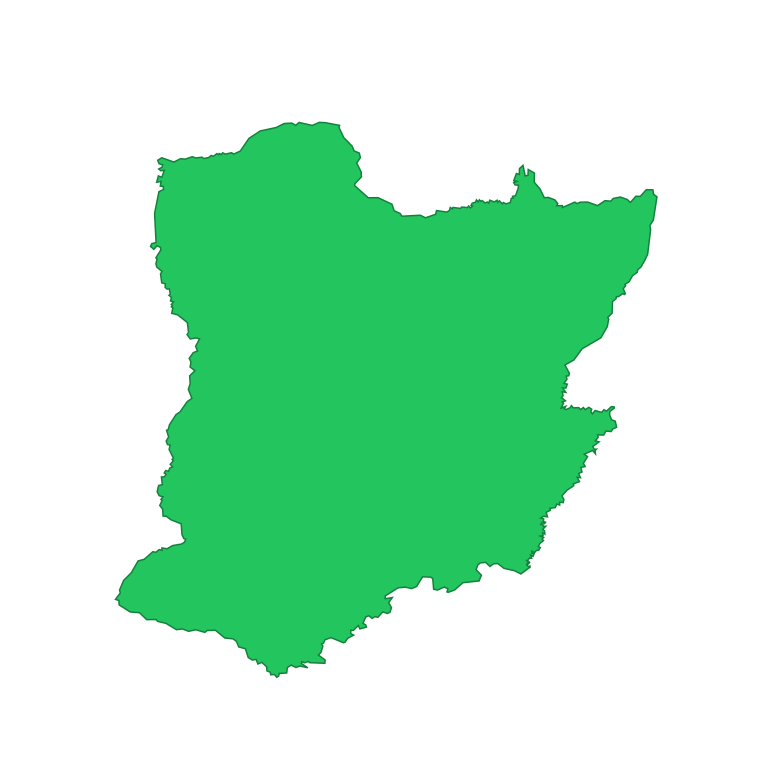 the district of Sumedang, Jawa Barat, Indonesia, rotated 81°
{"feature_id": "22746128B19624873108228", "entity_name": "Sumedang", "entity_type": "district", "adm_level": 2, "iso_a3": "IDN", "parent_name": "Indonesia", "parent_adm1": "Jawa Barat", "projection": "robinson", "projection_center": [107.99, -6.81], "detail": "fine", "context": "isolated", "style": "filled", "palette": "green", "viewbox_px": 768, "rotation_deg": 81, "n_neighbors": 0, "source": "geoboundaries", "source_scale": "gbopen_adm2", "svg_char_len": 6163}
<svg xmlns="http://www.w3.org/2000/svg" viewBox="0 0 768 768"><g transform="rotate(81 384 384)"><path d="M309.2,568.3L309.1,562.5L310.6,559.1L317.3,564.2L322.2,563.0L323.2,567.5L328.2,572.4L332.1,571.2L336.9,572.9L341.3,568.7L345.5,574.7L353.3,575.4L358.6,578.1L368.2,576.0L370.5,581.0L379.6,589.8L381.7,594.2L390.6,602.2L395.4,604.4L395.7,606.0L402.6,605.0L406.3,608.1L410.0,607.3L410.9,604.8L415.0,606.5L424.4,603.6L425.4,605.1L426.9,604.1L429.9,607.7L432.8,605.8L433.4,608.6L436.6,610.6L435.3,613.1L437.5,615.0L439.2,613.3L441.3,615.5L441.0,618.4L448.7,618.7L449.0,622.5L454.9,624.9L459.1,623.6L460.9,619.9L463.2,622.4L464.2,621.3L468.9,624.5L473.0,622.2L479.9,622.9L480.6,619.7L484.9,615.5L490.4,606.2L501.1,607.1L505.4,605.9L506.2,604.1L509.0,605.8L510.4,609.2L510.5,618.2L512.8,623.9L511.2,629.0L513.5,629.1L512.4,631.9L514.5,635.6L513.5,638.6L519.6,648.2L520.3,654.6L530.8,663.0L537.3,671.9L546.1,677.4L549.2,677.2L554.7,682.9L556.4,679.7L560.7,680.2L569.5,670.3L571.6,661.3L579.6,655.3L581.0,646.1L583.1,644.6L586.3,636.8L594.2,627.4L594.4,621.3L597.7,615.7L597.3,608.3L601.3,599.8L599.8,597.1L600.9,589.0L610.0,580.9L612.1,572.9L615.2,570.0L621.0,568.6L623.8,562.3L632.9,560.9L636.0,557.3L636.1,553.3L640.8,552.4L639.9,548.2L645.0,544.1L649.0,544.5L650.9,541.4L653.5,541.4L653.8,537.6L656.9,535.8L656.0,533.7L653.5,532.8L654.2,525.3L648.9,523.8L647.1,519.7L650.2,515.4L649.4,511.1L652.4,503.6L647.0,509.4L645.4,508.6L646.9,506.2L646.2,502.3L647.6,501.1L650.6,486.1L647.4,485.3L641.4,491.2L639.2,488.2L633.4,485.4L631.0,486.5L630.5,484.3L627.4,482.3L626.2,476.1L633.2,464.5L633.0,462.9L629.5,459.7L627.3,453.2L625.3,455.9L622.1,455.3L622.6,452.8L618.5,447.2L622.1,446.1L621.4,439.4L619.1,439.7L617.1,442.2L611.1,438.4L610.6,435.1L613.7,432.4L612.3,429.4L613.5,426.5L608.9,420.9L611.2,416.5L610.3,413.7L606.0,411.6L600.7,413.6L596.2,409.2L596.3,416.3L593.5,415.9L587.5,401.9L588.0,394.7L590.4,388.6L589.1,383.5L580.5,376.0L582.0,368.2L583.8,366.3L594.5,367.1L595.9,363.3L594.0,356.3L596.2,352.9L599.2,354.3L599.8,353.1L598.5,346.5L592.6,337.1L593.4,320.9L588.1,317.7L581.8,322.1L577.4,319.6L575.8,317.0L576.1,311.5L580.8,307.9L578.7,303.8L579.2,299.6L584.8,294.4L588.8,284.4L593.0,278.5L587.8,268.4L586.6,268.3L586.9,270.0L585.3,271.1L582.8,267.7L583.5,270.2L582.1,268.8L580.5,271.4L580.7,269.5L578.7,267.6L579.2,265.4L575.9,266.0L577.5,263.7L574.7,262.1L574.3,264.3L572.3,264.2L574.1,261.7L572.3,259.6L572.4,257.2L570.0,255.2L568.8,257.0L566.0,255.2L563.6,251.0L561.9,252.1L560.5,250.3L558.7,253.4L558.6,250.6L555.9,250.6L557.4,248.6L554.1,248.4L552.5,250.1L549.8,246.5L549.6,248.9L547.8,249.0L547.3,251.1L545.5,249.5L547.0,247.3L545.8,246.1L544.7,248.1L542.2,247.4L540.9,250.1L539.6,247.0L540.8,243.3L536.1,243.9L534.8,239.5L532.7,239.7L532.9,234.2L529.6,232.1L531.1,229.4L528.2,229.0L529.2,225.6L526.3,224.4L522.3,225.7L517.5,219.8L514.1,212.5L512.3,212.7L511.0,206.2L506.4,207.8L507.3,204.6L502.8,205.8L501.9,202.2L497.2,202.6L497.0,198.2L493.6,199.5L487.6,194.3L484.6,197.2L482.3,188.3L486.0,186.1L482.9,186.0L481.6,184.4L481.4,186.5L478.4,187.6L474.8,180.6L473.2,184.2L470.2,180.8L467.7,181.0L468.8,175.0L465.2,172.1L466.5,167.1L464.3,165.2L463.1,161.0L456.9,161.4L454.9,164.9L449.4,166.0L446.4,165.1L443.8,160.3L442.6,160.3L441.9,163.0L445.6,168.5L443.8,170.8L446.1,173.5L443.2,179.6L446.0,182.8L444.0,184.1L441.4,182.8L439.1,185.3L440.8,189.4L438.4,190.7L440.0,193.8L437.8,195.4L437.2,200.6L434.7,202.3L436.6,203.9L437.7,208.1L436.6,209.9L434.5,208.0L435.5,212.8L431.2,209.7L429.6,210.8L429.0,207.4L425.3,210.8L423.5,208.9L419.5,209.2L420.7,205.7L415.8,208.3L416.4,204.9L412.8,203.0L411.6,206.2L407.9,202.5L404.7,202.8L404.8,200.3L402.5,199.2L393.5,202.3L390.0,192.7L380.2,182.8L372.3,162.5L362.3,154.5L355.2,151.9L353.2,152.6L349.7,147.6L338.3,145.4L336.2,141.6L334.1,140.7L334.4,138.7L332.0,134.0L333.2,132.6L332.6,131.5L327.3,132.8L324.8,130.0L323.3,130.5L321.3,125.8L316.0,121.7L313.3,116.4L310.9,115.6L308.6,111.8L302.8,107.2L297.1,103.3L273.2,96.5L269.1,96.6L264.2,92.3L241.8,85.1L238.7,88.1L234.3,88.0L233.1,94.5L238.8,101.6L237.9,105.8L243.2,112.2L239.8,114.9L236.3,121.3L236.6,128.6L238.9,131.3L237.5,137.1L241.2,145.1L236.2,154.3L235.1,161.7L236.0,165.1L234.2,167.1L237.6,180.1L235.7,179.9L235.0,185.5L232.9,184.2L228.9,186.4L225.4,192.5L225.1,196.5L215.5,199.5L208.3,204.0L199.2,202.4L194.7,208.0L200.4,209.1L200.6,212.0L189.8,212.5L192.4,216.5L198.2,217.6L196.8,220.3L203.4,224.0L204.7,221.0L205.3,224.4L207.9,223.4L208.7,220.0L211.8,220.9L218.6,224.6L218.7,227.6L220.5,227.1L220.5,229.2L224.6,230.9L225.1,235.4L223.5,237.7L224.5,239.0L221.1,241.4L222.2,243.3L220.2,243.6L221.4,246.6L219.0,250.8L221.8,252.2L220.4,253.4L221.0,255.9L218.2,258.4L218.8,259.6L217.0,261.0L218.9,262.5L216.6,263.9L218.8,265.2L219.2,268.6L221.2,270.1L222.1,268.7L223.6,271.0L221.4,272.6L222.8,273.9L221.4,279.4L222.5,281.1L220.4,288.3L221.8,289.1L220.0,290.9L222.9,292.3L224.0,295.1L220.9,305.0L224.5,306.5L226.3,317.1L223.0,321.7L221.1,339.9L218.1,341.4L214.4,346.9L207.7,348.0L199.0,360.8L197.6,370.4L183.7,381.8L181.9,381.7L175.9,373.9L170.9,373.4L161.5,376.4L156.7,371.9L152.0,372.3L149.1,377.1L144.2,378.2L134.5,385.1L123.7,388.3L121.6,387.4L116.6,401.4L115.5,407.1L117.4,414.4L112.4,426.9L114.7,430.8L111.9,434.2L111.1,441.9L113.8,450.3L114.7,466.7L120.3,479.0L131.4,489.5L133.4,496.3L131.7,498.4L132.2,504.7L130.4,507.2L131.9,508.6L130.6,510.7L131.7,511.4L130.3,513.0L132.4,516.9L131.2,519.0L132.8,521.3L133.1,526.7L131.5,528.4L131.3,534.6L129.5,537.8L130.8,545.1L129.6,549.7L131.9,556.8L125.8,568.1L127.6,572.5L131.3,571.7L132.9,568.3L135.2,569.3L136.4,572.9L138.5,571.1L138.6,567.6L145.1,571.1L143.2,574.3L149.2,577.0L149.0,572.5L153.6,574.0L154.1,571.2L157.4,571.3L158.8,576.2L179.6,583.9L208.7,587.0L209.0,591.4L211.6,593.1L215.0,590.3L211.9,586.5L214.2,583.4L216.6,583.4L223.7,589.6L224.8,588.5L229.6,590.5L233.0,590.1L238.1,585.7L240.3,587.5L249.3,587.7L250.8,584.3L254.3,585.1L256.3,583.5L256.4,581.2L261.5,581.0L262.8,582.5L265.2,580.4L268.6,581.9L269.9,579.0L272.1,581.6L273.1,580.7L274.5,582.0L275.6,580.6L281.0,582.6L283.4,577.0L292.6,568.6L302.4,569.0L304.4,570.8L309.2,568.3Z" fill="#22c55e" stroke="#15803d" stroke-width="1.5"/></g></svg>